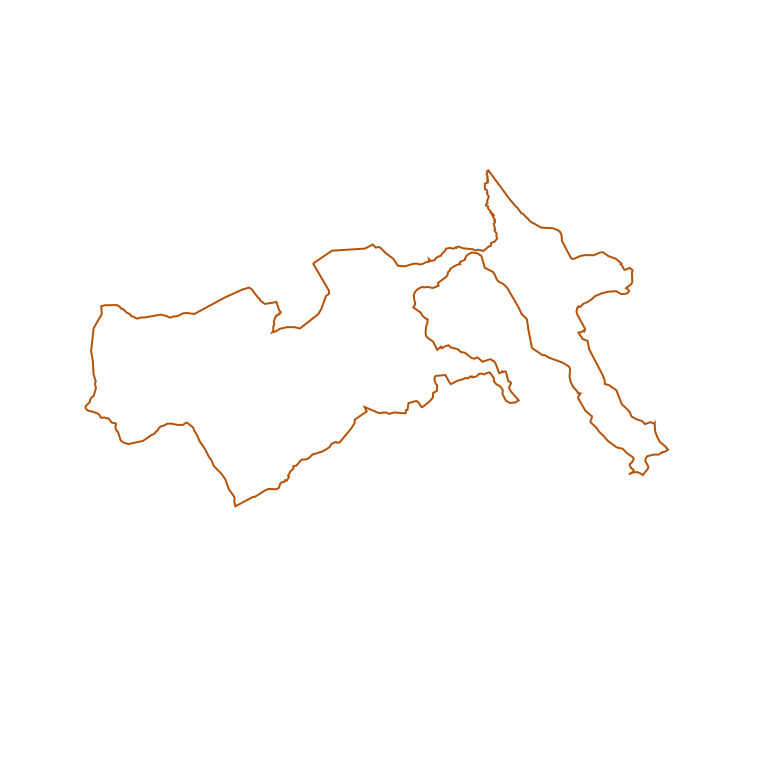 Uyui, Tabora, United Republic of Tanzania (Mercator projection), rotated 151°
{"feature_id": "72390352B28683809474818", "entity_name": "Uyui", "entity_type": "district", "adm_level": 2, "iso_a3": "TZA", "parent_name": "United Republic of Tanzania", "parent_adm1": "Tabora", "projection": "mercator", "projection_center": [33.083, -4.94], "detail": "fine", "context": "isolated", "style": "outline", "palette": "amber", "viewbox_px": 768, "rotation_deg": 151, "n_neighbors": 0, "source": "geoboundaries", "source_scale": "gbopen_adm2", "svg_char_len": 6166}
<svg xmlns="http://www.w3.org/2000/svg" viewBox="0 0 768 768"><g transform="rotate(151 384 384)"><path d="M166.1,218.8L167.0,218.3L169.3,221.4L175.1,222.4L176.3,226.6L180.0,230.4L183.3,235.6L182.7,239.7L183.2,242.9L185.8,250.9L183.8,265.8L187.8,274.0L190.8,276.8L189.1,280.8L188.4,286.8L187.7,315.1L185.1,323.0L188.5,327.2L189.0,334.6L185.4,333.6L183.7,334.0L183.4,333.0L181.9,333.9L181.4,335.3L181.3,350.7L180.6,354.0L177.8,357.1L176.3,357.6L176.1,356.8L174.8,356.3L170.8,357.5L166.6,357.0L161.5,357.4L156.9,358.5L149.9,357.8L143.4,356.1L135.8,352.5L133.4,348.2L131.6,346.8L127.3,345.3L124.6,346.4L124.6,348.1L125.8,350.5L119.3,351.5L117.4,352.8L113.0,361.4L111.4,362.9L112.9,366.5L117.7,366.9L118.5,367.6L118.4,372.6L119.0,374.1L118.0,374.3L120.4,381.0L125.7,387.0L128.7,393.2L131.1,394.2L138.3,395.0L145.5,399.2L150.2,400.8L157.6,401.4L159.4,403.1L159.0,422.4L156.4,428.8L156.3,431.7L157.3,434.1L160.8,438.4L170.6,444.5L176.9,454.6L180.2,466.0L181.1,466.9L182.0,474.1L182.7,475.4L184.7,486.0L189.1,520.3L190.6,520.1L190.3,519.2L192.5,518.0L192.7,515.3L193.5,515.0L193.6,513.0L194.7,512.6L194.5,511.2L195.5,510.8L195.6,509.9L198.8,510.3L201.2,505.4L200.1,503.9L200.5,501.6L201.3,501.4L201.7,499.9L201.4,497.2L205.2,493.9L205.6,492.2L207.7,491.7L208.3,490.8L206.9,488.9L207.5,488.7L207.8,486.6L206.9,483.0L207.8,482.4L206.9,480.8L207.5,479.9L206.4,479.5L207.1,478.7L206.5,478.0L207.7,477.2L207.4,474.1L208.4,473.5L207.9,472.5L208.6,471.5L210.4,470.9L211.7,465.6L212.9,464.9L212.6,460.9L213.9,459.2L214.5,456.4L218.2,454.9L221.9,455.4L223.9,452.9L225.5,453.5L232.5,452.2L236.7,455.9L239.3,456.5L240.6,458.5L249.1,464.4L252.4,468.2L253.7,468.5L254.8,467.9L255.5,468.8L257.2,468.5L260.8,471.3L264.0,472.2L267.1,470.4L269.6,470.1L272.3,468.5L274.2,469.1L277.6,469.0L279.7,467.7L283.4,469.0L284.1,471.4L284.8,469.3L285.4,469.2L287.8,470.1L292.7,470.4L294.9,471.2L296.4,473.1L300.0,474.9L308.7,476.8L314.5,480.7L315.1,488.8L319.0,497.6L321.1,504.9L322.3,506.5L325.1,507.3L326.2,511.4L335.0,511.7L364.9,525.8L386.4,523.9L387.6,523.3L386.9,492.7L388.3,489.5L392.1,489.1L402.2,480.2L407.5,477.0L430.7,473.3L434.6,477.0L440.7,480.5L448.5,482.8L452.6,482.5L456.8,483.3L455.0,484.4L453.0,487.9L451.1,489.3L449.8,492.5L446.4,495.2L444.7,495.6L444.8,496.1L441.7,495.8L441.5,496.5L440.0,496.3L439.4,497.6L440.0,499.3L438.3,507.8L449.4,511.8L451.7,516.8L451.5,518.7L452.3,520.5L453.8,531.1L455.2,533.7L462.2,535.3L481.2,536.8L515.9,537.2L522.6,542.1L525.9,543.3L531.8,543.5L535.6,545.2L537.7,545.3L539.7,546.5L541.3,549.0L545.8,553.0L561.4,558.3L563.4,559.7L568.0,560.8L569.8,562.8L570.2,564.3L572.3,565.9L572.2,568.0L574.5,571.3L575.8,575.8L577.5,577.7L577.7,579.8L579.4,582.6L590.0,588.2L593.6,589.1L596.9,582.0L611.0,573.5L624.4,554.5L627.3,545.8L633.4,533.1L634.9,526.0L636.7,524.3L637.9,520.2L643.5,514.4L646.6,513.9L649.1,512.3L650.2,510.7L655.3,509.4L656.6,507.9L656.5,505.7L655.7,504.1L651.3,500.1L648.2,496.2L647.7,491.5L644.5,490.1L643.2,488.4L641.7,487.6L640.7,482.0L637.8,479.7L637.7,478.8L639.7,476.7L640.6,474.1L640.0,470.8L641.6,462.4L640.5,459.4L636.8,455.4L622.3,451.1L612.2,452.1L608.7,451.8L607.2,452.7L603.9,453.3L602.4,454.6L599.7,455.1L595.6,454.2L593.0,454.4L589.7,452.8L584.6,448.5L579.7,445.7L575.9,446.1L574.9,445.6L572.0,438.3L572.6,435.4L572.3,430.4L573.0,423.1L572.1,414.1L572.5,404.9L571.8,401.5L572.6,394.6L569.6,383.8L569.0,377.6L570.7,367.2L569.7,358.5L570.3,356.0L572.0,353.6L573.2,349.1L553.8,348.8L551.5,347.9L540.0,348.6L536.0,348.2L528.8,344.0L526.1,344.3L523.0,347.3L520.8,347.6L518.6,346.7L517.0,347.9L516.0,346.6L512.0,348.8L512.3,350.5L510.0,351.5L508.9,352.7L504.1,354.0L503.0,356.1L500.2,355.1L494.2,357.4L492.4,357.6L488.4,355.7L485.4,355.7L480.8,357.0L470.2,354.8L462.5,355.1L458.8,357.1L454.0,356.6L453.5,355.3L451.3,354.4L435.4,360.5L428.9,363.9L426.8,367.0L412.4,368.4L412.1,373.3L402.6,361.1L395.9,358.1L394.1,355.4L388.9,354.2L379.4,347.9L377.3,350.5L376.0,350.0L371.9,355.4L363.9,353.5L362.8,351.2L362.4,345.6L361.9,345.2L354.7,346.2L349.8,347.6L347.8,348.5L345.5,352.3L341.0,352.4L338.1,357.1L338.6,359.1L337.9,363.0L336.4,365.5L334.6,365.9L326.0,362.1L325.9,352.0L324.4,351.3L318.7,351.3L311.9,349.8L310.3,350.0L307.6,348.2L304.9,348.8L303.7,348.1L304.1,347.8L303.6,347.1L301.4,346.2L299.2,345.9L295.9,346.7L293.1,345.5L291.6,343.7L289.2,343.8L285.9,342.9L285.1,335.7L286.6,332.9L285.7,329.0L283.7,326.1L283.0,322.2L283.3,320.5L285.2,318.1L285.5,310.4L283.0,306.3L278.1,304.2L274.1,304.4L276.6,315.8L276.6,319.4L275.9,320.9L272.5,323.0L272.5,324.4L273.9,326.3L271.4,335.7L272.8,336.7L273.9,336.7L274.5,337.7L275.1,337.2L278.1,337.6L276.4,348.1L276.9,351.0L277.8,351.6L278.4,353.6L279.5,354.3L287.0,355.7L289.3,361.8L290.4,362.3L292.4,362.1L294.7,364.2L298.1,372.1L301.2,374.7L302.7,378.8L307.9,383.7L308.8,386.6L313.1,387.4L315.5,387.1L316.2,387.4L316.1,389.0L320.9,388.0L320.5,397.2L323.4,403.2L323.9,405.6L322.9,408.4L319.7,413.4L316.3,416.6L314.5,419.4L315.9,421.3L317.3,424.9L317.2,428.4L321.3,436.9L318.5,438.3L317.2,440.2L316.9,442.5L314.8,447.4L312.0,449.6L308.8,450.6L303.4,450.5L302.4,449.1L299.2,448.0L294.7,444.3L288.6,443.5L287.9,446.2L277.4,447.6L275.4,448.6L274.0,450.7L271.1,451.4L270.3,452.5L264.9,453.0L260.4,452.5L259.4,451.8L259.0,453.3L257.9,453.8L253.0,453.4L252.2,454.6L248.6,456.5L243.4,456.4L239.0,453.0L236.7,448.8L239.5,436.8L234.4,429.3L234.1,425.8L234.7,420.6L234.0,417.8L231.2,413.6L229.6,408.7L229.2,386.1L229.7,378.6L227.6,371.4L231.7,360.6L236.9,344.4L236.8,343.1L231.5,332.6L229.4,331.3L226.9,327.0L217.0,315.6L213.7,309.3L214.0,306.8L218.2,300.4L219.8,294.8L220.0,289.7L218.5,283.4L218.9,282.1L216.7,280.4L219.7,279.1L221.1,277.5L220.8,262.8L217.8,255.0L218.8,253.4L221.5,251.4L221.9,250.2L219.5,243.1L219.0,238.0L217.1,232.3L216.0,226.2L211.2,215.8L206.7,211.7L204.8,205.2L201.7,199.0L202.2,197.0L205.3,195.2L208.0,194.7L208.5,194.0L208.6,190.2L207.5,188.5L207.7,186.5L213.6,186.3L209.2,186.0L205.0,184.0L202.3,180.3L202.0,178.9L194.1,182.0L192.8,183.8L192.8,189.9L191.4,191.8L188.7,193.2L182.6,191.6L177.8,189.0L176.1,189.4L174.0,189.0L173.4,189.5L171.6,188.6L167.4,188.9L168.3,193.1L170.8,199.6L170.7,205.6L169.7,211.5L166.1,218.8Z" fill="none" stroke="#b45309" stroke-width="2"/></g></svg>